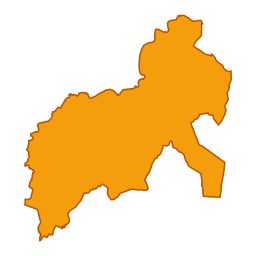 Birnin Gwari, Kaduna, Nigeria (Robinson projection)
{"feature_id": "59680162B79463473975333", "entity_name": "Birnin Gwari", "entity_type": "district", "adm_level": 2, "iso_a3": "NGA", "parent_name": "Nigeria", "parent_adm1": "Kaduna", "projection": "robinson", "projection_center": [6.471, 10.872], "detail": "fine", "context": "isolated", "style": "filled", "palette": "amber", "viewbox_px": 256, "rotation_deg": 0, "n_neighbors": 0, "source": "geoboundaries", "source_scale": "gbopen_adm2", "svg_char_len": 5689}
<svg xmlns="http://www.w3.org/2000/svg" viewBox="0 0 256 256"><path d="M178.5,15.6L177.0,18.0L176.3,19.5L175.4,19.8L169.8,20.7L168.5,21.7L167.6,22.6L167.5,23.6L167.7,25.8L168.1,27.7L168.9,29.9L168.2,30.5L168.4,31.0L168.1,31.8L166.9,32.4L166.1,32.2L166.0,31.9L165.6,31.7L165.3,31.7L165.0,32.2L164.2,32.2L158.8,29.6L156.2,29.1L155.6,29.6L155.1,32.2L154.8,34.7L154.9,40.1L154.4,41.2L153.7,41.2L153.5,41.9L153.2,42.0L147.9,43.2L144.1,45.2L142.6,47.4L140.6,52.4L139.9,55.2L139.3,60.5L139.1,66.6L139.7,71.8L140.2,73.3L141.7,74.8L142.4,75.1L144.0,75.1L144.7,75.5L145.1,76.5L145.0,76.9L144.3,77.6L143.8,78.6L143.3,79.2L142.2,78.6L141.2,79.3L139.6,79.7L138.6,81.1L138.3,82.0L138.3,82.7L138.7,85.6L138.5,86.1L138.0,86.4L137.5,87.3L137.2,87.5L135.9,86.1L135.0,86.3L135.0,87.6L134.7,87.8L134.4,87.6L133.6,88.4L131.7,89.0L131.2,89.1L131.0,88.7L128.0,89.3L127.4,89.1L127.1,89.5L125.5,89.4L123.3,89.8L122.7,90.0L122.5,90.8L120.3,93.1L120.0,94.4L119.7,94.6L118.5,94.3L118.3,95.1L117.3,95.0L117.4,94.5L115.9,93.2L114.9,91.9L113.4,90.7L109.9,89.3L105.5,90.3L101.3,92.7L99.4,93.4L95.4,96.3L94.3,96.6L91.3,98.2L90.3,98.2L89.4,97.7L89.2,97.1L88.3,95.9L87.8,93.8L86.3,93.0L85.5,93.5L84.9,92.6L83.3,92.9L82.5,92.4L81.6,92.8L80.8,92.7L80.0,93.1L79.3,93.0L78.7,94.4L77.4,96.0L75.7,95.3L75.3,94.9L74.5,94.8L73.9,95.0L73.4,94.5L72.8,95.2L72.3,95.2L71.6,94.4L70.6,93.9L69.6,94.2L69.2,94.6L69.1,95.1L69.9,94.9L70.2,95.5L69.6,96.0L69.2,97.3L68.8,97.6L67.4,97.6L66.4,98.8L65.7,99.2L64.9,100.3L65.2,101.1L64.2,101.5L63.5,103.1L62.5,104.4L62.4,105.3L61.6,105.4L61.5,106.0L61.6,106.8L61.1,107.8L59.7,107.7L58.6,107.2L58.2,107.8L57.6,108.0L57.3,108.7L56.1,109.6L55.4,111.2L54.9,111.1L53.7,111.9L52.8,111.8L52.5,113.2L51.9,114.0L51.8,114.5L52.2,115.9L52.0,116.9L51.6,117.7L49.0,120.7L47.4,121.4L38.8,123.3L37.5,125.1L38.7,128.8L38.4,129.3L38.6,130.6L38.4,131.4L37.5,132.2L36.7,131.7L35.7,131.7L35.3,132.1L32.2,133.1L30.7,133.9L30.6,135.8L32.2,136.3L33.3,138.2L32.2,139.8L31.5,139.6L30.6,140.4L28.7,140.7L28.7,141.3L28.9,142.6L28.5,143.8L28.3,146.0L27.4,148.7L26.7,149.3L27.1,150.4L28.1,151.3L28.8,152.5L28.6,153.1L28.4,154.7L29.5,156.3L29.5,156.8L29.1,157.4L28.6,157.8L28.4,158.7L27.7,159.6L27.7,161.1L27.0,162.1L25.1,163.4L25.2,164.5L24.9,165.2L24.9,165.9L25.1,166.1L25.7,166.1L26.1,165.3L27.0,165.4L27.7,165.3L28.6,165.6L29.2,166.3L29.5,166.9L29.0,167.5L29.7,168.6L31.3,168.9L31.7,169.2L32.6,170.3L33.5,170.2L33.8,170.6L34.2,171.6L34.1,172.2L32.7,172.8L32.7,174.4L32.2,175.0L32.2,177.5L31.5,179.2L31.6,180.1L30.8,180.6L30.4,181.3L29.1,186.1L29.6,187.2L31.6,188.4L32.7,189.4L32.9,189.8L32.1,192.5L31.8,194.5L31.2,195.9L31.3,197.1L31.0,197.7L30.2,198.6L29.1,198.9L28.0,199.7L26.3,199.4L26.2,199.1L25.1,199.4L25.2,200.5L25.2,202.8L24.8,204.8L37.5,209.4L40.7,222.3L38.1,227.7L38.2,228.1L38.4,228.4L38.2,228.8L38.3,229.4L38.7,229.7L38.4,230.7L38.7,231.8L38.9,231.8L39.1,232.0L39.1,232.3L39.7,232.5L39.9,232.9L39.8,233.2L40.2,234.0L40.8,234.1L41.2,234.6L40.4,235.7L40.2,236.5L40.1,237.1L39.6,237.8L39.8,238.3L39.7,238.9L40.0,239.2L39.7,240.6L40.4,240.5L41.8,239.0L42.2,237.3L42.5,237.0L43.9,236.5L44.2,236.2L44.9,236.3L46.5,237.6L47.0,237.4L47.4,237.0L48.2,235.4L48.8,233.9L49.3,233.8L49.8,234.6L50.6,234.9L51.7,234.5L52.5,234.9L54.1,228.9L56.1,225.5L62.1,228.5L62.4,228.4L62.5,227.1L62.2,226.4L62.7,226.2L63.2,226.5L63.6,226.7L64.1,227.6L64.3,227.5L65.0,226.6L65.7,226.1L65.3,224.6L66.8,224.4L68.7,222.6L69.0,222.0L69.5,219.8L67.8,213.9L70.1,210.6L75.5,207.1L78.3,203.4L80.9,200.7L81.5,198.4L82.6,197.1L82.5,196.1L82.8,196.0L83.6,194.3L83.6,193.6L84.6,193.2L85.4,193.6L85.8,193.5L86.1,193.1L88.9,192.7L89.9,191.4L90.2,190.5L91.0,189.6L91.6,189.8L93.0,189.7L93.2,188.9L93.9,188.7L94.9,188.6L95.2,189.0L95.7,188.9L97.5,187.6L98.1,186.3L99.0,185.9L99.7,186.0L100.2,186.6L100.8,185.6L102.4,184.2L106.1,186.4L108.1,188.7L107.5,191.5L107.6,193.6L108.3,195.4L109.7,197.9L111.2,199.7L112.9,199.7L114.3,199.3L115.3,198.4L117.7,197.0L120.2,193.3L131.8,189.1L138.3,190.0L141.2,189.6L142.1,190.0L143.9,190.4L147.0,190.0L148.1,188.4L146.7,183.7L144.7,180.1L145.2,178.5L145.8,178.1L146.5,176.2L147.7,174.7L149.3,172.1L151.5,166.6L151.4,165.7L152.2,163.9L154.9,158.9L157.0,158.0L158.1,155.4L159.1,155.2L160.6,153.7L160.9,152.4L161.9,150.9L161.9,150.1L162.3,148.7L162.9,147.8L162.6,146.5L163.1,145.6L167.0,145.9L168.3,145.2L169.1,144.4L169.6,142.1L170.2,141.1L171.7,141.2L172.6,145.0L172.5,146.0L173.1,147.4L176.6,148.8L178.9,151.6L179.7,152.1L180.9,152.2L182.7,153.5L183.8,154.5L184.1,155.0L184.2,155.8L184.7,156.5L184.7,157.6L185.8,160.4L186.0,161.5L186.9,162.1L188.7,166.2L201.3,173.8L201.0,175.0L202.0,181.0L201.7,185.7L203.2,188.8L203.3,189.7L202.8,189.9L202.7,190.4L203.3,192.0L202.8,193.2L203.2,194.0L203.3,195.7L203.6,196.4L220.0,197.2L221.2,190.0L221.2,185.8L223.7,173.0L224.8,162.5L203.4,146.9L199.1,144.6L190.7,123.0L193.2,121.7L195.2,119.0L197.1,119.0L199.4,115.7L199.4,114.4L207.8,113.1L209.4,115.0L212.8,115.2L213.8,119.0L218.5,124.9L221.8,120.9L223.7,116.6L224.8,114.9L225.1,112.7L226.1,110.4L224.7,106.4L224.9,105.4L225.4,104.9L225.8,103.8L227.6,100.7L228.1,99.1L227.2,92.9L227.5,91.7L228.8,90.1L229.2,87.2L229.3,84.9L231.2,79.6L231.0,71.1L229.1,71.6L227.6,71.3L224.7,69.5L223.6,68.0L222.7,65.6L220.9,64.2L218.3,62.6L217.1,61.5L216.1,60.1L214.6,57.0L213.1,55.2L211.6,54.2L211.1,55.9L208.8,54.9L207.6,54.9L204.7,53.8L199.6,50.1L195.1,47.4L193.6,46.0L193.8,45.0L194.5,43.7L196.7,40.4L197.6,39.4L199.2,38.1L201.5,35.3L201.5,33.0L201.3,31.6L201.5,30.8L201.6,27.2L201.4,25.1L201.7,23.6L202.4,23.9L202.4,23.2L201.0,20.4L197.6,20.7L196.2,20.9L195.1,21.4L192.3,21.1L191.9,20.6L190.1,19.5L188.3,17.7L187.2,17.4L184.2,15.4L180.1,15.5L180.1,16.2L179.6,16.2L178.9,15.7L178.5,15.6Z" fill="#f59e0b" stroke="#b45309" stroke-width="1.5"/></svg>